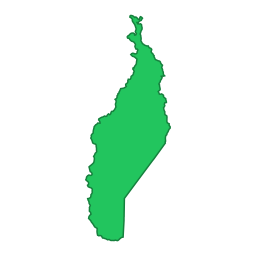 Capitão Enéas, Minas Gerais, Brazil
{"feature_id": "56859067B59959312569649", "entity_name": "Capitão Enéas", "entity_type": "district", "adm_level": 2, "iso_a3": "BRA", "parent_name": "Brazil", "parent_adm1": "Minas Gerais", "projection": "natural_earth1", "projection_center": [-43.667, -16.099], "detail": "fine", "context": "isolated", "style": "filled", "palette": "green", "viewbox_px": 256, "rotation_deg": 0, "n_neighbors": 0, "source": "geoboundaries", "source_scale": "gbopen_adm2", "svg_char_len": 4589}
<svg xmlns="http://www.w3.org/2000/svg" viewBox="0 0 256 256"><path d="M140.4,16.7L139.8,17.7L139.4,19.4L138.4,19.4L137.5,18.4L136.6,17.5L135.8,17.0L134.6,17.4L133.9,16.6L133.0,16.0L132.0,15.6L130.8,15.4L130.0,16.0L129.9,17.2L131.3,18.0L132.4,19.4L132.3,20.8L132.8,21.8L133.5,22.8L134.2,23.8L134.8,24.8L135.3,26.1L135.7,27.4L136.1,28.4L136.0,29.8L135.3,31.5L135.7,32.5L136.4,33.5L135.8,34.9L134.6,35.1L134.4,33.7L133.2,33.0L131.8,33.1L130.9,33.4L129.8,34.3L129.0,35.3L128.0,35.8L127.2,36.9L127.6,38.1L129.2,38.4L129.8,39.5L130.6,40.4L131.6,41.2L132.7,41.5L133.7,41.9L134.5,42.9L135.1,43.7L135.5,44.8L134.9,46.2L135.3,47.6L136.0,49.1L137.3,49.1L137.9,50.0L137.2,51.5L137.1,52.9L136.2,53.7L135.0,54.0L134.1,53.5L132.8,53.2L131.6,53.7L130.8,54.6L131.7,55.5L132.5,56.3L133.7,56.6L134.7,57.1L135.8,58.1L136.9,59.0L136.8,60.3L136.5,61.7L136.4,63.0L136.1,64.4L135.3,65.4L134.5,66.5L134.1,67.9L133.2,67.8L132.8,69.0L133.7,70.2L134.2,71.6L133.5,72.6L133.4,73.9L132.9,74.9L132.1,75.6L131.1,76.4L130.9,78.0L130.4,79.2L129.2,79.4L128.3,79.2L127.8,80.6L127.9,81.7L127.5,82.7L126.8,83.5L125.7,84.2L125.7,85.4L126.3,86.5L125.2,87.3L123.8,88.1L122.2,88.4L120.7,88.6L120.2,89.8L119.8,90.8L119.1,91.9L118.9,93.1L118.0,93.6L117.8,94.8L117.0,95.9L117.1,97.3L116.4,98.6L115.1,99.3L116.1,100.6L116.1,101.7L115.9,102.8L115.4,104.1L115.7,105.8L115.9,107.1L115.3,108.1L114.8,109.2L114.0,110.3L113.0,111.4L111.9,111.3L111.1,112.1L110.7,113.8L109.8,114.7L108.5,113.9L107.5,114.8L106.7,116.2L105.7,116.4L104.6,116.0L103.7,116.5L102.6,117.1L101.5,117.3L100.4,118.0L98.9,118.8L98.6,119.9L99.4,120.8L99.9,121.9L100.1,123.1L99.1,123.2L97.8,123.0L96.7,124.3L95.7,124.8L95.0,125.7L94.2,126.6L93.9,128.2L93.5,129.7L93.2,131.2L93.2,132.9L92.2,133.9L91.2,135.3L91.4,136.7L90.8,138.1L91.7,139.7L92.3,141.4L92.7,142.9L93.6,143.5L94.5,143.9L95.6,144.1L96.2,145.2L96.2,146.7L96.5,148.0L96.5,149.1L96.5,150.4L96.7,151.6L96.1,152.5L95.2,153.3L94.5,155.1L93.6,156.4L94.2,157.4L94.4,158.8L94.2,160.3L94.0,161.7L93.6,162.7L92.8,163.6L91.8,164.5L91.0,165.2L90.2,165.8L89.0,166.9L89.4,168.3L89.6,169.4L89.9,170.4L90.2,171.6L91.1,172.1L91.8,173.0L92.2,174.1L91.5,175.2L90.4,175.4L88.9,175.0L87.7,175.7L86.6,177.0L86.3,178.6L85.8,179.8L86.7,180.7L88.0,181.7L88.6,182.8L88.5,184.4L87.5,185.2L88.1,186.6L89.3,187.3L91.1,187.9L92.1,188.8L92.3,189.9L92.1,190.9L92.3,192.4L91.8,193.7L91.0,194.6L90.9,196.0L90.6,197.2L89.8,198.0L89.0,198.4L87.7,198.6L88.1,200.1L88.8,201.3L89.0,202.3L89.1,203.3L89.6,204.3L90.3,205.3L89.9,206.4L89.4,207.5L89.5,208.8L89.4,210.1L89.4,211.2L90.5,212.3L91.0,214.2L90.0,215.1L89.0,216.5L88.6,218.4L89.5,219.4L90.2,220.1L90.8,220.8L91.3,221.9L92.1,222.9L92.8,223.8L93.4,224.7L94.0,225.7L94.6,226.8L96.0,227.7L97.2,228.4L97.1,229.8L97.0,231.4L97.1,232.7L97.3,233.8L97.6,235.2L98.9,235.8L100.1,235.5L101.5,236.0L102.0,237.0L102.6,238.0L103.7,238.1L104.7,238.5L106.1,238.9L107.6,239.8L109.1,239.5L110.6,240.4L111.9,240.5L113.1,240.4L114.0,240.6L115.2,240.1L116.2,240.4L117.7,240.6L118.8,239.8L119.9,238.7L120.9,237.9L121.7,237.4L123.1,237.1L124.0,220.5L124.0,217.6L124.1,216.4L124.1,214.5L124.4,198.4L136.2,182.5L152.3,160.9L153.9,158.9L165.3,143.1L165.1,142.0L165.6,141.2L165.5,140.0L165.4,139.0L165.4,137.5L165.8,135.6L166.8,134.7L166.9,133.5L167.7,132.3L168.4,130.9L168.9,129.5L170.1,128.2L170.2,126.9L169.7,126.1L169.1,125.2L169.2,123.8L167.4,122.9L166.8,121.3L166.9,119.9L166.9,118.7L167.0,117.0L166.6,115.6L165.7,115.2L164.9,114.5L164.8,113.1L164.8,111.6L164.2,110.6L163.8,109.2L163.6,107.6L164.4,106.7L164.8,105.5L164.3,104.3L164.8,102.8L166.4,102.5L166.3,101.2L165.8,100.0L165.8,98.8L164.9,98.0L164.2,97.5L163.5,96.6L163.5,95.3L162.6,94.5L161.5,93.9L160.6,94.2L159.4,94.2L158.9,92.8L158.2,91.6L159.2,90.6L160.1,89.8L160.1,88.7L159.8,87.3L159.5,85.9L159.5,84.8L158.9,84.0L159.3,83.1L159.9,82.3L160.3,81.3L160.6,80.2L161.4,79.2L162.1,77.6L161.3,76.3L162.5,76.1L163.8,76.1L164.6,75.8L163.6,74.8L163.3,73.6L163.3,72.2L162.6,70.7L162.5,69.3L162.0,68.3L161.7,67.4L162.1,66.2L162.5,65.2L161.6,64.4L160.7,63.2L160.4,62.0L159.6,61.1L158.2,60.8L156.9,60.2L155.3,59.5L154.6,57.8L154.0,56.7L154.1,55.6L153.4,55.0L152.8,53.7L151.7,52.8L151.1,51.8L151.5,50.4L151.7,49.3L150.8,48.3L149.3,47.8L148.7,46.9L148.2,45.9L146.8,46.0L145.7,45.5L144.5,45.2L143.7,44.3L142.8,43.9L142.1,43.0L141.4,41.6L140.8,40.6L141.1,39.3L141.1,38.1L140.9,37.0L140.7,35.2L140.1,34.0L140.6,32.6L141.1,30.9L142.0,29.3L142.1,27.8L141.7,26.2L141.5,24.6L140.6,23.8L139.6,24.1L138.6,23.8L137.6,23.8L137.0,22.5L138.4,22.5L139.3,21.2L140.2,20.8L141.2,20.4L141.8,19.2L142.5,18.2L141.5,17.1L140.4,16.7Z" fill="#22c55e" stroke="#15803d" stroke-width="1.5"/></svg>